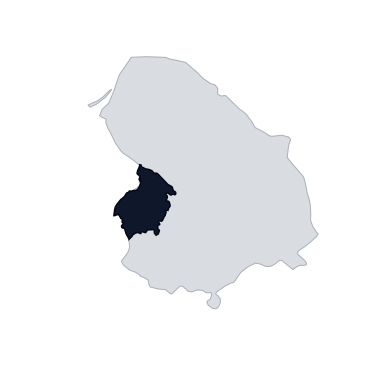 Lithuania, with Marijampoles highlighted, rotated 36°
{"feature_id": "LTU-1070", "entity_name": "Marijampoles", "entity_type": "County", "adm_level": 1, "iso_a3": "LTU", "parent_name": "Lithuania", "parent_adm1": "", "projection": "mercator", "projection_center": [23.274, 54.666], "detail": "fine", "context": "in_parent", "style": "filled", "palette": "ink", "viewbox_px": 384, "rotation_deg": 36, "n_neighbors": 0, "source": "natural_earth", "source_scale": "10m", "svg_char_len": 4723}
<svg xmlns="http://www.w3.org/2000/svg" viewBox="0 0 384 384"><g transform="rotate(36 192 192)"><path d="M142.7,257.0L140.8,253.1L138.7,246.2L138.9,240.7L140.1,235.2L145.7,218.8L145.4,216.1L141.3,211.5L136.3,208.2L133.6,201.1L123.4,200.7L113.8,201.1L110.8,200.7L101.7,197.7L92.9,192.9L87.0,190.1L82.0,187.0L79.4,183.6L75.1,184.5L72.3,184.6L72.3,184.0L70.7,178.1L72.4,169.1L69.3,155.9L64.3,139.9L63.9,122.7L63.6,118.8L75.9,109.1L91.5,98.6L95.1,97.7L109.4,91.4L111.3,91.0L124.3,92.1L134.5,93.6L143.0,93.4L147.7,91.8L152.0,93.1L155.4,97.8L159.0,97.3L162.5,94.2L181.6,97.0L186.0,96.9L190.8,97.4L199.8,100.2L205.0,102.8L216.4,101.2L221.3,101.1L223.8,100.1L231.6,93.1L235.0,91.9L238.2,90.6L241.0,91.7L242.9,97.7L248.7,108.1L255.0,109.9L272.4,113.9L276.0,116.0L285.8,125.1L291.7,129.5L295.4,133.1L301.1,140.0L304.4,145.1L309.9,148.9L316.5,151.4L318.8,151.8L318.7,155.5L317.5,161.7L315.4,169.7L313.1,175.9L312.5,178.2L314.3,180.2L322.8,181.1L326.4,182.2L327.2,183.8L325.3,186.0L322.5,187.7L321.3,189.4L319.1,195.4L304.9,194.6L303.0,195.8L302.1,198.6L301.4,201.8L299.5,205.6L295.8,208.8L289.8,210.1L285.0,212.3L281.4,219.2L278.7,228.4L278.8,234.9L279.1,238.5L278.8,240.6L277.0,242.8L274.0,248.8L271.6,255.4L270.7,259.0L271.1,260.6L273.9,260.7L277.8,262.0L279.9,264.7L280.7,267.7L280.7,270.9L279.9,272.7L276.8,274.0L271.8,274.1L268.9,272.5L268.4,271.3L269.7,268.2L268.7,264.2L266.7,262.1L262.5,265.3L258.5,265.3L253.7,268.2L250.6,272.9L247.6,274.6L239.5,273.7L237.5,275.7L235.8,285.2L234.8,287.0L228.0,286.6L221.5,290.4L214.1,293.4L210.4,291.3L208.3,288.9L204.2,289.4L199.9,290.4L196.9,289.8L193.6,290.1L187.2,291.9L179.2,291.3L175.8,289.8L175.4,288.3L175.7,284.6L175.6,278.9L174.3,273.8L170.5,269.3L166.4,266.2L161.3,262.9L157.5,261.5L155.4,261.2L154.9,259.3L154.2,257.7L152.4,256.2L148.6,254.3L145.3,253.9L142.7,257.0ZM59.5,183.4L56.8,182.7L62.1,173.4L64.1,167.3L65.5,158.7L66.7,156.0L66.8,159.9L66.2,166.5L62.9,177.6L59.5,183.4Z" fill="#d9dde1" stroke="#a8b0b8" stroke-width="1"/><path d="M150.2,255.1L149.7,255.1L147.0,253.7L146.0,253.5L144.8,254.1L143.6,256.3L142.7,257.0L140.0,252.1L138.8,249.4L138.5,246.3L138.8,240.1L139.8,236.4L140.0,234.9L140.0,234.1L139.7,232.2L139.7,231.4L139.9,230.9L140.9,229.4L140.9,229.1L140.8,228.7L140.7,228.3L140.8,227.9L141.0,227.8L141.3,227.7L141.8,227.3L142.6,226.8L143.0,226.4L143.6,225.3L145.1,224.3L145.8,223.5L146.4,222.1L146.5,220.7L146.3,219.2L145.6,216.0L145.2,215.0L144.7,214.3L141.9,213.0L141.5,212.4L142.1,211.3L141.4,211.1L141.0,210.6L140.7,210.1L140.4,209.7L139.9,209.6L137.4,209.6L136.6,209.2L136.1,208.2L135.4,206.4L134.7,202.8L134.2,201.2L133.7,200.7L135.0,200.1L135.4,200.5L136.2,201.1L136.5,201.2L137.1,201.2L141.0,200.5L142.4,199.9L142.9,199.5L145.2,198.7L147.5,198.4L150.0,199.1L150.7,198.7L151.3,198.2L152.1,197.7L153.5,197.4L168.2,200.1L172.4,199.5L173.4,199.8L175.7,201.7L176.7,201.9L177.8,201.7L178.8,201.8L179.7,202.6L180.0,203.3L179.9,204.0L179.6,204.4L179.2,204.5L178.6,204.5L178.4,204.6L178.1,204.7L177.9,204.9L177.6,205.3L177.1,206.3L176.9,206.7L176.6,206.9L176.2,207.0L175.8,207.1L173.8,206.9L173.3,207.0L172.8,207.2L172.5,207.5L172.1,207.8L171.9,208.3L171.8,208.7L172.0,209.2L174.3,209.8L174.8,210.3L175.2,210.9L176.2,214.1L177.3,213.9L178.4,213.3L179.1,213.4L179.9,213.8L181.2,214.8L182.2,215.8L182.5,216.3L182.7,216.8L182.6,217.2L182.6,217.7L182.5,218.2L182.7,219.1L183.0,219.7L183.1,220.1L183.3,221.0L182.7,221.2L182.6,221.5L182.4,221.8L182.3,222.3L181.8,222.9L181.7,223.3L181.8,223.6L182.2,223.6L182.6,223.6L183.0,223.8L183.3,224.2L183.3,225.1L183.4,225.6L183.7,226.0L183.8,226.2L184.1,226.8L184.1,227.3L184.0,228.4L184.8,232.1L184.8,232.8L184.5,233.5L184.1,233.8L182.9,234.2L182.5,234.5L182.2,234.9L182.1,235.2L182.4,235.4L182.6,235.6L182.9,235.8L183.1,236.0L183.3,236.3L184.6,236.8L185.0,237.3L184.9,237.7L184.6,238.2L184.2,238.6L184.0,239.2L184.0,239.7L184.3,240.0L185.4,240.9L185.9,241.6L186.4,242.0L186.9,242.2L187.8,242.1L188.1,242.2L188.4,242.7L189.2,245.1L189.3,245.9L189.2,246.5L188.8,247.0L188.5,247.5L188.3,248.1L185.9,247.4L185.0,246.6L184.6,245.9L183.9,245.1L183.4,245.0L182.9,245.1L179.1,248.2L178.7,248.6L178.4,249.2L178.3,249.9L178.3,250.5L178.4,251.3L178.4,251.6L178.3,252.2L174.9,253.5L174.4,253.9L174.1,254.4L174.3,254.8L174.9,255.2L175.0,255.4L174.9,255.8L174.5,256.0L173.0,256.3L171.9,256.7L171.3,257.3L170.5,258.3L169.9,259.7L169.8,260.4L169.4,261.2L169.3,261.7L169.3,262.3L169.5,262.8L169.5,263.3L169.1,265.8L168.9,267.3L168.0,266.5L164.3,265.1L162.5,264.0L159.7,261.6L158.8,261.2L157.9,261.4L156.8,261.9L155.8,261.9L154.9,260.7L154.9,259.9L155.2,259.0L155.4,258.3L155.1,257.8L153.5,257.6L153.0,257.3L152.7,256.8L152.5,256.2L152.2,255.5L151.7,255.0L151.3,254.9L150.2,255.1Z" fill="#0f172a" stroke="#020617" stroke-width="1.5"/></g></svg>